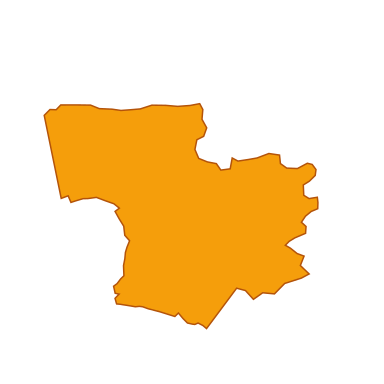 Morfou, Cyprus (orthographic projection), rotated 337°
{"feature_id": "46923920B39754802683787", "entity_name": "Morfou", "entity_type": "district", "adm_level": 2, "iso_a3": "CYP", "parent_name": "Cyprus", "parent_adm1": "", "projection": "orthographic", "projection_center": [32.978, 35.222], "detail": "fine", "context": "isolated", "style": "filled", "palette": "amber", "viewbox_px": 384, "rotation_deg": 337, "n_neighbors": 0, "source": "geoboundaries", "source_scale": "gbopen_adm2", "svg_char_len": 1503}
<svg xmlns="http://www.w3.org/2000/svg" viewBox="0 0 384 384"><g transform="rotate(337 192 192)"><path d="M270.1,294.8L264.7,289.7L260.6,282.1L257.1,277.5L262.1,275.4L268.7,274.4L280.4,274.4L283.5,268.3L280.9,262.6L287.0,258.6L294.1,256.5L301.2,256.5L303.8,250.9L305.3,245.8L297.2,243.8L293.6,238.7L297.2,229.0L304.3,227.9L311.9,224.9L314.9,219.8L313.4,213.6L309.4,210.6L298.2,211.6L288.5,207.0L284.5,200.4L287.0,192.2L277.8,186.6L265.2,186.1L256.5,184.1L246.4,181.5L242.3,176.4L236.2,185.6L227.1,183.1L225.5,175.4L217.9,170.3L211.3,163.7L211.3,154.0L216.9,145.8L224.5,145.3L230.6,138.7L229.6,129.0L234.2,120.3L233.6,113.7L224.0,111.6L212.3,107.6L201.7,102.0L189.0,96.4L176.8,95.3L167.6,92.3L158.5,89.2L150.9,84.6L139.2,79.0L132.6,72.4L119.9,66.8L105.2,60.6L99.1,63.2L93.5,60.6L85.9,63.7L69.1,146.8L76.5,147.1L76.5,154.3L81.4,154.7L89.2,155.6L93.4,157.3L101.9,159.6L108.7,166.1L115.5,172.3L118.8,178.5L113.6,179.8L114.5,188.3L115.8,196.8L113.2,205.6L115.5,212.5L110.6,217.4L107.1,221.6L104.1,227.2L100.2,233.0L96.6,242.5L92.4,244.1L87.2,247.1L83.0,248.1L81.7,255.2L85.0,257.5L79.6,259.8L78.9,265.2L78.9,265.6L82.1,267.3L84.4,268.8L86.7,270.2L90.5,272.6L95.0,275.5L98.9,276.7L101.8,278.4L106.1,282.4L115.6,289.7L127.6,299.9L132.2,298.1L134.3,305.0L136.6,310.8L140.6,313.7L142.8,315.0L146.4,315.0L149.9,319.2L152.0,323.4L195.5,298.0L202.7,303.6L206.6,314.8L217.7,312.4L228.1,318.0L241.6,312.4L259.0,314.0L267.8,313.2L263.0,302.0L270.1,294.8Z" fill="#f59e0b" stroke="#b45309" stroke-width="1.5"/></g></svg>